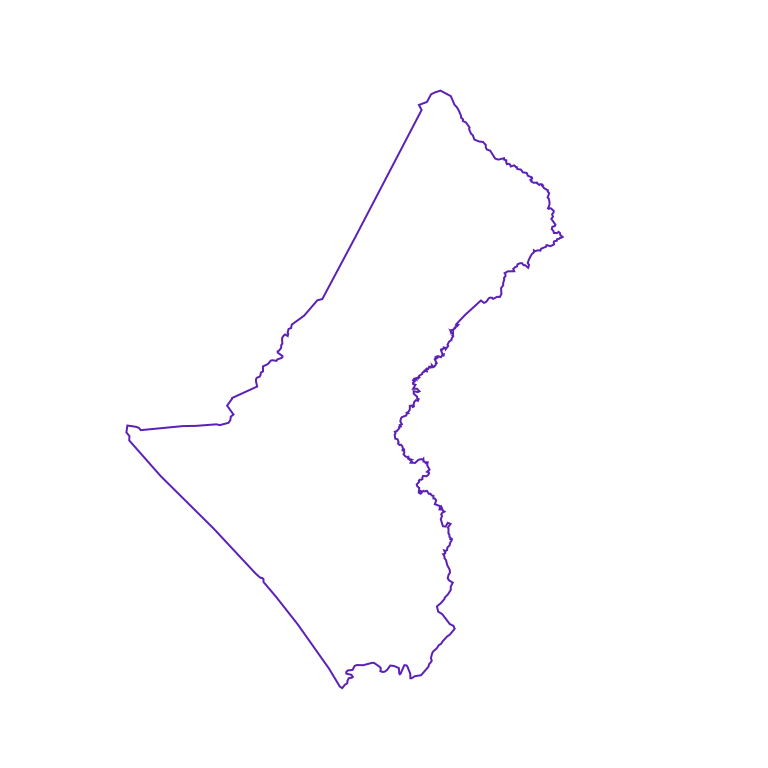 the district of Ellembelle, Western, Ghana, rotated 33°
{"feature_id": "2480657B39512912083476", "entity_name": "Ellembelle", "entity_type": "district", "adm_level": 2, "iso_a3": "GHA", "parent_name": "Ghana", "parent_adm1": "Western", "projection": "orthographic", "projection_center": [-2.331, 5.15], "detail": "fine", "context": "isolated", "style": "outline", "palette": "violet", "viewbox_px": 768, "rotation_deg": 33, "n_neighbors": 0, "source": "geoboundaries", "source_scale": "gbopen_adm2", "svg_char_len": 6165}
<svg xmlns="http://www.w3.org/2000/svg" viewBox="0 0 768 768"><g transform="rotate(33 384 384)"><path d="M266.3,133.7L279.8,275.0L286.0,346.4L282.5,350.1L279.8,370.2L274.3,384.4L275.6,387.7L274.0,389.8L275.2,393.5L276.3,394.0L277.1,396.2L274.0,396.3L273.4,398.8L273.6,401.2L276.8,405.6L276.6,407.2L278.1,409.9L277.8,413.2L277.0,414.6L277.8,415.6L283.6,415.8L284.2,416.8L283.8,418.1L281.2,421.4L281.2,423.1L277.4,424.9L276.3,426.0L275.8,430.4L272.9,435.2L275.7,439.3L274.5,441.5L275.6,443.8L275.7,445.6L274.1,447.8L273.9,449.2L275.0,451.3L279.0,455.2L264.2,478.5L264.6,479.2L264.2,487.6L274.4,491.6L273.3,494.8L274.8,498.0L274.7,501.3L268.7,507.9L265.4,509.1L249.0,521.6L238.3,528.8L205.1,555.2L202.2,554.3L199.3,555.0L191.4,558.6L194.3,564.9L198.8,566.3L201.1,570.1L247.0,582.9L319.7,598.0L379.2,612.8L384.8,613.7L386.6,613.7L387.2,613.0L389.1,613.2L390.8,615.7L409.5,621.3L442.6,632.6L492.8,652.6L511.7,661.8L514.6,661.8L515.0,657.5L516.2,655.1L515.0,652.7L514.7,650.0L517.1,647.6L517.4,646.6L515.0,645.7L510.1,647.4L509.2,646.1L509.7,643.9L513.3,641.0L512.9,636.4L514.3,634.5L519.8,631.1L525.7,624.5L527.6,623.3L534.9,623.6L536.1,624.1L537.4,626.8L539.7,626.3L541.4,624.7L542.3,622.0L542.6,616.7L546.0,615.0L551.2,614.2L554.5,618.5L555.4,618.8L555.7,618.0L554.2,608.8L554.8,608.3L556.3,607.8L557.5,608.2L563.8,612.7L566.4,616.4L567.5,615.7L568.9,612.4L573.7,608.0L575.3,596.9L574.4,594.5L574.9,591.1L574.7,590.0L572.7,588.4L571.0,583.5L571.0,581.0L572.2,577.2L572.2,573.1L573.3,571.0L573.4,567.5L574.4,561.5L575.7,558.4L576.6,550.8L574.0,549.0L569.9,549.5L558.2,545.3L553.5,545.4L549.5,541.7L551.0,536.9L551.8,531.4L551.3,530.1L552.2,525.5L552.1,520.2L550.3,517.6L549.9,513.2L545.2,513.2L543.2,512.2L542.1,509.0L542.1,506.4L540.4,504.1L535.6,501.4L531.9,497.9L529.5,497.1L528.7,495.7L526.3,494.5L527.3,493.5L527.5,492.3L525.1,490.8L526.8,490.2L527.4,488.9L526.2,486.7L526.9,483.3L526.1,481.9L525.8,477.7L525.2,477.0L524.0,477.9L523.4,476.7L522.2,476.6L520.8,474.7L519.4,474.2L516.9,470.2L515.8,469.6L516.0,465.1L513.1,465.7L513.4,470.0L510.8,471.2L505.2,466.4L504.6,463.1L503.0,462.2L503.0,460.2L504.2,458.1L502.1,458.0L499.9,456.4L500.5,457.9L498.9,459.0L497.5,455.9L492.1,457.1L491.2,453.3L489.3,452.4L487.7,453.0L486.4,450.9L484.7,451.5L482.8,450.7L481.6,451.7L478.1,450.2L476.6,451.9L475.2,452.2L475.0,453.3L473.1,453.7L473.0,454.3L474.7,455.1L474.4,456.1L472.3,456.2L470.2,452.0L467.5,451.6L466.1,450.4L466.8,446.9L465.9,446.1L466.0,444.9L467.5,443.9L468.0,442.6L467.2,441.8L466.8,439.9L469.8,438.2L470.5,436.5L470.5,434.4L469.8,433.8L467.9,434.2L468.9,431.1L464.3,428.5L463.3,425.9L462.3,426.4L462.0,427.6L460.1,427.0L459.4,427.5L457.8,425.4L457.7,426.4L456.4,426.6L454.2,428.7L453.1,433.2L449.3,435.4L449.4,433.9L447.4,433.6L448.2,432.5L445.7,433.1L444.6,432.2L444.6,433.2L443.1,432.5L441.5,433.1L438.7,432.3L438.5,430.7L437.4,429.2L434.9,429.8L436.7,428.4L436.4,427.9L435.3,428.0L433.4,426.3L431.2,425.7L430.3,426.7L428.2,426.3L427.9,424.8L425.5,423.0L423.2,423.7L420.6,420.8L420.5,419.0L419.1,418.1L420.4,416.6L420.9,412.8L420.1,411.9L421.2,410.5L419.6,409.9L420.9,408.1L418.0,406.4L416.9,403.3L417.1,402.0L419.8,398.3L419.2,396.3L419.9,395.6L418.9,395.6L419.6,394.3L419.6,391.4L417.6,388.3L419.2,386.8L420.6,387.7L421.3,386.6L419.8,384.5L419.1,382.5L419.6,380.1L421.6,379.7L421.3,377.8L419.6,377.9L418.6,376.6L414.3,376.0L412.8,373.9L416.7,372.4L417.7,370.8L414.2,370.0L411.0,372.2L410.8,367.5L408.4,368.1L407.7,367.4L408.3,365.0L406.3,365.1L406.4,363.3L408.6,362.8L407.4,362.0L408.6,360.7L409.6,360.8L410.0,359.3L409.1,359.4L409.1,357.7L410.6,354.8L410.1,353.9L410.5,352.0L411.0,351.8L410.8,350.8L413.1,350.0L412.2,349.1L411.5,350.3L411.0,350.2L411.5,347.7L412.9,347.3L412.5,345.0L414.6,345.1L413.7,344.9L413.8,343.9L415.2,344.0L415.4,343.3L414.3,342.2L416.4,342.7L416.7,342.0L416.9,339.6L416.3,338.6L416.8,337.8L413.1,335.6L413.5,334.9L412.6,333.5L413.1,333.2L413.1,333.8L414.2,333.9L414.6,332.7L413.4,332.0L414.1,331.2L417.2,330.5L417.1,328.6L418.5,327.7L418.1,326.7L417.4,327.7L417.3,326.8L416.4,326.8L413.1,324.4L413.1,324.0L414.0,324.0L414.0,322.6L415.0,321.6L414.3,320.8L416.3,320.0L416.8,320.8L417.1,317.1L415.9,316.6L415.5,313.3L416.6,310.1L415.9,308.9L416.0,306.2L415.0,306.1L415.1,305.1L414.1,303.6L413.1,304.5L413.1,303.7L412.4,304.3L410.8,303.2L411.7,303.2L411.0,302.3L412.0,301.2L412.8,301.2L412.6,298.9L413.3,298.4L412.8,297.1L413.8,296.0L414.0,294.0L412.1,294.9L412.1,294.2L414.4,281.8L419.8,261.2L423.7,261.5L425.0,259.3L425.2,255.1L426.0,253.7L427.8,252.8L428.6,253.3L429.3,253.0L431.4,249.2L433.8,247.9L433.4,244.5L430.0,239.9L430.2,236.1L429.0,234.7L428.0,231.0L426.9,229.8L427.1,227.3L425.9,225.7L424.8,225.3L426.5,222.1L431.8,218.5L429.7,217.1L430.3,214.7L431.5,212.9L430.8,210.9L432.1,208.9L433.8,207.5L436.3,208.3L437.7,207.5L441.6,208.0L440.8,205.1L438.7,204.3L437.8,201.1L437.2,194.9L438.0,191.7L437.0,190.3L438.4,190.3L440.2,188.1L442.6,186.9L442.1,184.9L445.2,180.5L444.6,179.3L445.1,178.7L448.4,177.9L450.3,174.9L450.5,174.3L449.0,172.4L449.1,171.4L450.9,169.8L450.3,168.2L451.8,166.8L452.0,165.5L452.9,165.0L453.7,163.4L450.7,163.0L449.2,161.5L447.6,161.3L446.9,163.2L444.2,164.8L442.9,163.5L440.3,162.7L439.6,160.4L441.3,158.4L441.0,157.0L434.4,154.4L434.6,151.7L432.6,150.2L432.7,147.3L432.0,146.4L428.4,145.8L427.1,146.4L426.8,147.4L425.9,147.4L425.2,143.7L423.9,141.5L421.2,138.8L419.7,138.5L418.6,134.0L416.4,133.4L415.9,132.3L411.7,132.6L408.0,131.3L408.6,130.7L407.8,130.5L406.1,131.4L405.8,132.5L403.0,132.3L402.7,131.8L399.7,133.8L397.6,134.0L396.8,133.6L396.8,132.9L395.7,133.0L396.2,130.9L395.5,130.2L391.0,131.0L389.3,129.4L388.3,129.4L385.2,130.9L382.1,129.6L378.8,131.1L377.2,129.8L376.7,130.3L374.2,129.7L371.8,132.5L370.3,131.3L368.7,131.3L367.3,132.7L365.4,131.2L364.8,129.8L362.5,130.4L361.7,129.3L357.7,133.5L354.5,134.4L346.0,130.5L342.5,131.3L340.7,130.3L339.2,128.1L335.2,127.1L331.7,128.8L326.7,129.8L323.0,127.0L320.7,126.7L318.3,125.1L316.5,123.9L316.1,122.3L310.2,120.0L306.9,120.5L306.1,119.0L303.4,118.6L302.9,117.4L297.8,113.9L294.4,112.2L291.0,111.4L283.3,106.2L271.6,107.2L268.1,111.4L265.7,115.3L266.4,124.1L261.3,130.9L266.3,133.7Z" fill="none" stroke="#5b21b6" stroke-width="2"/></g></svg>